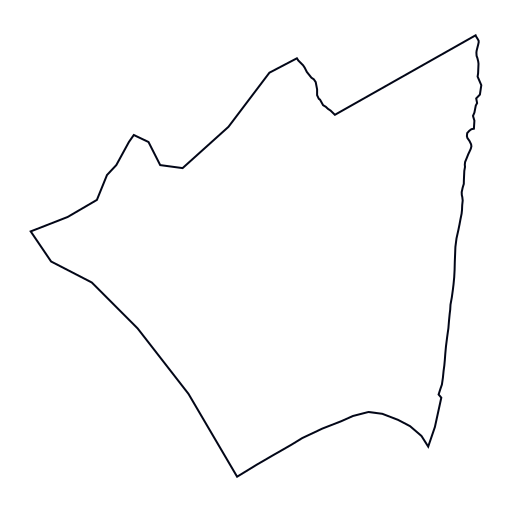 Monkey Town/Ciceron, Castries, Saint Lucia
{"feature_id": "8701671B38837551888140", "entity_name": "Monkey Town/Ciceron", "entity_type": "district", "adm_level": 2, "iso_a3": "LCA", "parent_name": "Saint Lucia", "parent_adm1": "Castries", "projection": "mercator", "projection_center": [-61.005, 13.989], "detail": "fine", "context": "isolated", "style": "outline", "palette": "ink", "viewbox_px": 512, "rotation_deg": 0, "n_neighbors": 0, "source": "geoboundaries", "source_scale": "gbopen_adm2", "svg_char_len": 1626}
<svg xmlns="http://www.w3.org/2000/svg" viewBox="0 0 512 512"><path d="M478.5,63.8L478.2,61.4L477.4,58.1L476.6,55.9L476.4,52.7L476.6,50.8L477.2,48.4L478.2,44.5L478.7,42.2L478.6,40.7L477.5,38.7L476.1,36.5L475.6,35.3L334.9,114.8L330.6,110.6L327.9,108.8L325.8,106.8L323.1,105.2L320.0,99.6L318.8,98.8L317.1,95.2L317.1,89.4L315.7,82.1L313.8,79.3L311.4,77.7L306.8,71.9L304.7,67.7L303.1,65.3L298.3,60.5L296.9,58.3L269.4,72.7L228.4,126.9L182.6,168.1L160.2,165.1L148.5,142.0L133.8,135.0L128.9,142.0L116.3,165.1L107.0,175.0L96.9,199.9L67.6,217.0L30.7,231.4L51.1,261.5L91.8,282.5L137.6,328.4L188.5,393.9L237.1,476.7L256.9,464.6L272.4,455.6L291.1,444.9L302.2,438.1L322.3,428.6L341.5,421.1L352.9,416.0L368.4,412.0L382.3,413.8L398.1,419.9L410.1,426.2L421.5,436.0L428.2,446.6L434.9,427.0L441.3,397.7L438.6,394.5L440.5,388.6L441.9,384.6L442.9,377.8L443.6,370.8L444.3,365.6L444.8,360.3L445.3,353.6L446.0,346.1L447.2,336.7L448.4,328.2L449.0,320.8L449.7,313.7L450.2,309.7L450.5,304.6L451.8,297.5L452.8,290.3L453.5,284.6L454.2,277.3L454.6,269.8L454.8,261.8L455.1,254.4L455.4,246.9L456.5,238.4L458.4,229.9L459.5,224.5L460.5,219.1L461.6,213.7L462.0,210.0L462.2,205.2L462.7,200.6L462.3,197.1L461.8,195.0L461.7,192.1L462.7,187.5L463.8,183.9L463.9,179.8L464.1,175.3L464.3,170.9L465.0,166.9L464.8,164.7L465.1,162.0L466.5,158.6L468.3,154.1L469.4,151.8L470.8,148.7L471.4,146.3L471.1,144.3L469.5,141.0L467.4,138.0L466.9,136.1L467.2,133.1L469.3,130.8L471.4,129.2L473.9,128.7L474.4,120.7L473.0,115.9L474.4,112.6L475.8,105.5L477.1,103.1L476.2,98.4L479.9,94.6L481.3,85.2L477.6,76.6L478.1,73.3L478.5,63.8Z" fill="none" stroke="#020617" stroke-width="2"/></svg>